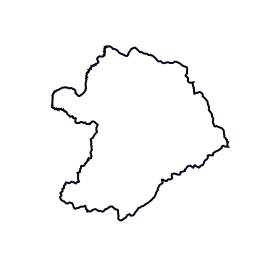 Mae La Noi, Mae Hong Son, Thailand, rotated 159°
{"feature_id": "78962969B46384371201306", "entity_name": "Mae La Noi", "entity_type": "district", "adm_level": 2, "iso_a3": "THA", "parent_name": "Thailand", "parent_adm1": "Mae Hong Son", "projection": "orthographic", "projection_center": [98.067, 18.465], "detail": "fine", "context": "isolated", "style": "outline", "palette": "ink", "viewbox_px": 256, "rotation_deg": 159, "n_neighbors": 0, "source": "geoboundaries", "source_scale": "gbopen_adm2", "svg_char_len": 5841}
<svg xmlns="http://www.w3.org/2000/svg" viewBox="0 0 256 256"><g transform="rotate(159 128 128)"><path d="M41.4,74.7L41.6,75.3L40.9,77.7L39.6,78.9L40.5,79.6L40.2,81.1L39.8,81.6L40.6,82.5L40.3,83.1L41.3,84.9L40.5,87.2L40.5,88.4L39.6,90.6L39.8,92.6L41.0,94.7L43.4,96.6L44.6,98.2L46.0,98.2L46.7,98.7L46.5,100.1L46.8,101.7L46.8,102.8L45.2,105.9L45.1,106.9L45.5,108.8L44.8,110.5L44.9,111.8L46.1,115.8L44.7,119.0L45.0,121.0L44.3,124.4L45.7,128.5L47.0,130.9L46.2,132.4L46.3,133.3L47.7,135.6L48.2,136.1L50.1,135.9L51.4,136.4L53.6,136.1L53.8,136.3L53.2,138.7L52.6,139.8L52.6,141.4L52.0,142.1L52.3,143.7L52.1,144.8L51.6,146.4L50.6,147.2L53.4,147.8L55.0,149.1L55.2,151.1L54.5,151.8L54.1,153.3L54.5,154.3L55.3,155.3L55.5,156.2L55.4,156.5L54.1,157.1L53.5,157.7L52.6,159.4L52.5,160.3L51.7,161.4L51.4,163.7L53.5,165.5L55.1,167.2L56.4,169.7L59.1,172.5L60.3,173.1L63.1,172.7L65.4,173.7L67.3,175.2L71.5,175.7L72.4,176.4L73.3,178.4L73.8,178.7L75.6,179.1L76.2,180.0L77.3,183.4L78.0,184.5L78.1,185.1L79.0,186.3L79.1,186.8L80.1,187.3L80.7,188.2L82.6,188.7L83.7,190.5L86.6,191.9L88.0,194.0L89.1,194.1L90.3,195.7L91.2,198.1L92.6,200.5L95.0,200.8L96.6,200.5L100.5,197.9L101.9,196.1L103.2,195.6L104.5,196.3L104.9,197.0L105.7,197.5L106.6,198.9L107.6,199.5L108.6,200.6L109.5,201.9L109.8,203.5L110.7,205.0L112.0,206.4L113.7,207.3L114.2,208.8L115.5,210.5L116.4,211.1L117.6,211.1L118.8,212.0L119.4,211.3L119.9,211.6L119.8,211.2L120.5,210.8L121.3,211.0L121.9,210.1L122.1,209.6L121.7,209.4L122.0,207.8L123.0,207.8L122.7,206.9L122.8,206.3L123.4,206.0L123.4,205.3L123.9,204.3L124.7,204.7L125.0,204.0L125.8,203.7L127.3,204.2L128.9,205.2L129.6,204.9L130.7,204.8L132.2,203.6L131.9,200.4L132.2,199.9L132.6,200.1L133.2,199.5L134.5,199.2L135.0,199.4L135.7,198.4L136.4,199.1L137.6,199.1L137.8,198.4L138.6,198.9L139.5,198.5L139.9,198.9L140.1,198.5L140.4,198.5L141.5,196.5L142.3,197.1L142.6,196.7L143.1,196.5L143.2,196.1L143.9,196.2L143.7,195.7L143.9,195.3L144.5,195.0L144.6,194.6L145.8,194.5L145.6,194.1L146.2,193.7L146.7,194.0L147.0,193.9L147.2,192.9L147.9,192.3L148.2,190.9L148.5,190.8L148.2,190.0L148.9,190.0L149.5,189.1L149.3,188.4L152.0,184.1L152.6,181.2L153.0,180.6L153.0,180.0L153.6,179.7L153.7,179.0L154.4,178.3L156.7,176.7L157.9,176.2L161.9,175.2L162.7,175.5L164.1,178.7L164.5,179.1L164.5,179.6L163.9,180.6L163.8,181.9L164.7,183.8L165.3,184.1L166.5,185.6L169.1,186.3L170.1,187.6L171.3,187.8L172.1,188.6L174.9,189.1L180.2,188.5L181.0,188.7L182.1,188.1L182.7,188.5L182.9,188.1L183.7,188.2L184.0,187.7L184.4,187.7L184.9,187.1L185.2,187.1L185.9,186.5L186.1,185.9L186.9,185.6L187.2,183.6L187.8,183.2L187.7,182.6L189.9,178.1L190.1,177.0L190.5,176.8L190.5,176.1L191.3,175.8L191.4,175.2L191.1,175.2L191.0,174.9L191.2,174.2L190.4,173.6L190.4,173.4L189.7,173.1L189.6,172.8L189.7,172.4L189.0,172.0L189.1,171.6L188.4,171.5L187.8,171.7L187.7,171.0L187.1,170.9L187.1,170.5L186.5,170.7L186.2,170.0L186.0,170.4L185.5,170.4L185.2,170.2L184.4,170.1L183.6,169.8L183.6,169.2L183.3,168.6L182.6,168.3L181.9,168.5L182.0,167.7L181.5,167.4L181.4,166.4L180.7,166.2L180.8,165.9L180.6,165.5L179.8,165.0L179.4,162.2L178.7,161.1L178.2,159.5L177.6,159.1L176.0,159.2L175.3,158.2L175.7,157.5L175.4,156.8L175.0,156.4L173.4,156.0L173.4,155.3L174.0,154.7L175.0,152.7L174.7,151.5L173.0,150.5L171.4,150.1L170.5,150.6L168.9,150.2L167.7,148.6L166.7,148.7L166.1,148.4L165.1,146.4L163.3,146.0L162.5,145.3L162.0,145.4L161.4,146.1L160.7,146.1L158.8,146.9L158.3,146.8L156.8,145.3L156.2,143.6L155.1,142.0L157.4,139.5L158.2,137.6L158.3,135.6L161.9,133.5L164.6,131.3L166.6,131.0L167.0,130.7L167.0,129.3L167.4,128.7L167.4,127.4L168.6,125.4L168.5,124.0L169.3,122.2L169.5,120.5L171.0,119.5L172.0,118.3L171.8,116.7L172.1,115.6L172.5,115.3L172.3,114.6L173.3,113.1L173.9,113.0L174.7,113.3L175.6,113.9L176.3,113.3L176.7,113.2L176.9,112.6L176.7,112.2L177.4,112.1L177.5,111.8L179.6,110.5L180.7,110.3L182.2,108.6L184.0,108.7L184.8,109.3L185.3,109.3L185.7,108.8L186.3,107.5L187.3,106.9L187.7,105.8L188.4,105.5L188.5,104.3L189.6,104.0L190.7,104.3L191.3,104.2L191.3,102.3L193.0,98.0L193.1,96.4L192.9,96.1L192.9,95.6L193.7,95.3L195.1,95.7L196.7,95.0L197.2,95.5L197.7,96.5L199.3,97.4L199.7,98.1L202.6,97.5L203.1,97.7L204.9,99.3L205.4,99.3L206.3,98.8L206.7,97.6L208.6,97.0L208.8,96.4L208.8,95.6L209.5,94.7L211.2,94.6L211.2,93.9L211.9,92.3L214.0,91.8L214.4,91.5L214.5,90.8L214.1,89.9L214.3,88.9L214.9,88.4L216.0,88.0L216.4,86.7L216.3,85.5L215.4,83.6L213.9,82.3L212.7,79.8L211.2,79.1L210.1,79.5L209.4,79.5L208.2,78.5L207.3,78.1L207.0,77.4L207.0,73.3L206.4,71.6L205.4,71.4L204.3,71.5L202.4,71.1L201.5,71.4L200.4,71.5L198.1,70.7L195.9,70.7L195.7,70.3L196.3,67.2L195.3,66.3L195.9,65.2L195.9,64.5L194.4,64.3L192.5,63.4L190.4,64.2L187.8,64.1L187.0,63.5L185.7,61.6L184.2,60.6L183.4,60.4L182.9,59.8L181.3,58.9L179.6,59.5L178.3,60.3L177.0,60.0L172.9,61.1L171.2,60.6L170.5,59.4L170.0,59.0L169.8,58.1L168.9,56.7L166.9,55.2L166.9,54.5L168.0,51.3L168.3,49.0L169.2,48.1L169.6,46.7L168.5,44.6L166.6,44.0L165.8,44.5L162.1,45.2L159.7,47.0L157.3,46.9L156.6,45.0L154.4,44.6L153.1,45.3L151.3,46.8L148.8,48.0L148.4,48.5L146.6,49.6L145.3,49.4L143.3,50.0L142.0,49.7L139.8,50.2L138.4,50.7L136.2,50.9L131.3,52.6L129.7,53.6L128.4,53.8L126.2,55.9L124.6,57.9L123.6,58.4L122.2,59.6L121.8,60.9L118.9,63.4L115.6,64.2L115.0,65.3L115.1,66.9L114.7,67.6L113.9,67.3L113.1,66.2L111.5,64.9L110.7,64.7L109.2,65.6L108.5,65.6L106.7,64.8L106.1,64.8L104.8,65.2L104.6,66.7L103.7,69.1L101.1,69.0L99.1,67.3L97.2,66.1L96.1,66.0L95.2,66.8L95.0,67.8L94.8,68.0L90.2,67.5L89.7,68.9L88.3,69.1L87.1,70.4L85.3,70.8L83.5,70.6L83.2,70.3L81.9,68.3L81.2,67.6L79.9,69.0L78.9,69.2L78.6,68.5L76.4,66.0L75.5,65.6L73.9,66.6L71.0,66.8L68.6,69.5L67.3,70.3L66.1,70.4L64.5,71.2L64.2,72.0L63.6,72.6L63.4,73.7L62.0,73.6L60.2,72.6L58.5,72.2L57.3,74.1L55.6,74.3L55.1,74.6L52.0,74.7L48.4,75.5L47.6,75.8L47.2,76.8L46.2,77.4L45.2,77.2L44.2,76.0L41.4,74.7Z" fill="none" stroke="#020617" stroke-width="2"/></g></svg>